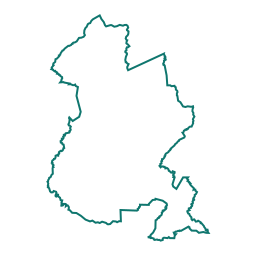 the district of Kazungula, Southern, Zambia
{"feature_id": "96606910B95953051402599", "entity_name": "Kazungula", "entity_type": "district", "adm_level": 2, "iso_a3": "ZMB", "parent_name": "Zambia", "parent_adm1": "Southern", "projection": "mercator", "projection_center": [25.557, -17.051], "detail": "fine", "context": "isolated", "style": "outline", "palette": "teal", "viewbox_px": 256, "rotation_deg": 0, "n_neighbors": 0, "source": "geoboundaries", "source_scale": "gbopen_adm2", "svg_char_len": 5793}
<svg xmlns="http://www.w3.org/2000/svg" viewBox="0 0 256 256"><path d="M99.7,15.4L92.9,19.3L91.3,20.9L90.2,23.1L88.8,23.5L87.8,24.2L86.7,26.8L85.5,27.9L84.4,30.3L84.1,33.4L84.9,35.1L83.6,36.8L81.3,37.7L79.0,37.9L76.7,41.4L74.7,42.5L73.4,42.6L72.8,43.1L72.6,43.9L71.9,43.9L71.1,45.0L69.2,45.9L68.3,45.8L64.7,48.6L63.3,50.4L62.5,50.5L60.5,53.5L60.2,54.8L58.9,55.4L59.2,56.2L56.8,58.7L55.5,59.2L55.2,61.9L53.4,63.4L53.1,64.9L53.6,65.3L51.7,67.5L52.0,68.4L51.4,69.2L53.1,69.7L53.2,70.2L54.4,71.1L55.2,70.9L55.5,71.8L56.4,71.9L57.3,72.6L56.9,73.7L58.7,74.1L58.9,74.7L59.2,74.6L60.2,75.3L60.3,76.0L62.1,77.1L62.2,78.5L61.5,79.4L61.4,80.8L60.2,82.4L63.6,82.1L64.0,82.5L69.5,83.5L69.0,84.3L70.7,84.2L72.7,85.1L74.5,85.1L75.1,84.6L75.9,86.1L77.9,87.0L76.5,95.9L80.7,111.8L79.2,116.8L72.7,121.0L69.3,117.4L69.0,118.0L69.4,119.0L69.9,118.8L70.1,119.3L69.4,120.9L69.3,122.4L68.4,124.3L68.8,125.4L69.6,125.5L70.8,126.6L70.1,128.1L70.7,129.6L70.5,130.2L69.5,130.9L69.3,131.6L69.7,131.9L69.3,132.6L65.7,133.3L65.0,135.2L64.2,134.6L63.8,134.8L63.9,135.9L63.1,136.7L63.2,137.3L63.6,137.4L63.4,138.3L62.5,139.4L61.8,139.0L61.7,140.5L60.6,141.1L60.8,142.6L62.2,143.1L62.5,144.3L63.6,144.6L64.2,148.0L63.3,148.3L63.2,149.5L62.4,150.7L61.5,151.1L61.0,150.7L59.2,151.8L58.9,152.3L59.3,153.2L59.1,153.8L58.3,154.2L58.2,155.7L57.5,155.6L57.1,155.1L55.6,155.7L55.5,157.6L55.0,158.7L53.9,158.9L53.7,159.6L52.3,160.6L51.8,162.9L52.6,163.1L52.4,164.1L53.5,165.0L53.5,165.6L52.9,166.1L53.3,167.0L52.9,167.0L52.6,168.4L52.8,173.8L51.6,174.8L50.6,177.1L49.2,177.8L49.2,178.5L48.2,180.1L48.1,181.3L47.5,181.7L48.3,183.5L47.8,185.8L48.4,186.2L47.9,187.3L49.1,188.1L50.1,191.4L51.2,192.4L52.8,192.3L53.7,191.0L56.1,191.8L56.5,192.9L55.5,195.3L55.7,196.3L56.3,196.6L56.8,196.3L57.1,194.5L58.1,194.7L58.2,196.4L60.0,197.7L60.6,200.1L62.2,200.4L61.4,202.9L61.6,203.4L62.3,203.6L61.3,205.1L61.4,205.7L62.7,205.5L64.4,203.9L65.7,204.0L66.1,204.6L65.9,206.1L66.9,205.3L67.6,205.3L68.7,206.8L68.9,208.0L68.4,209.7L69.8,210.2L72.2,212.8L76.4,213.0L80.9,215.8L85.5,219.6L90.0,221.4L92.4,220.6L95.5,222.7L97.9,222.3L99.7,223.0L102.1,221.7L106.0,222.9L107.5,224.2L108.4,224.3L110.2,224.0L113.0,221.2L116.0,221.5L117.1,222.2L119.1,221.2L120.9,221.3L120.5,210.0L137.0,210.6L138.0,209.9L137.7,208.9L139.0,208.0L139.0,207.1L139.7,206.9L140.1,205.8L140.0,204.7L148.8,204.9L148.9,203.9L152.6,200.0L155.3,199.7L155.5,198.8L162.7,200.7L166.6,203.5L167.0,205.1L165.9,206.3L166.4,206.6L166.3,208.1L165.4,208.2L165.8,209.1L163.9,210.7L163.5,210.3L162.7,210.6L162.5,212.2L161.8,212.6L162.0,213.4L161.4,215.2L159.5,216.4L159.6,216.9L159.0,217.1L158.8,218.0L157.8,218.1L156.8,219.7L155.6,220.3L155.4,228.3L153.1,232.6L150.8,234.8L150.2,236.2L147.8,237.3L150.4,237.4L150.2,237.8L150.6,238.1L152.0,238.0L153.7,238.5L153.9,239.5L154.6,239.9L157.1,239.5L158.0,240.0L159.5,239.9L160.6,240.6L162.7,240.0L162.8,238.4L164.0,237.7L167.6,238.1L168.8,237.1L169.9,238.1L174.3,238.2L174.7,235.7L175.9,234.2L174.4,234.1L173.8,232.6L174.6,232.5L175.5,231.6L176.3,231.7L178.2,230.8L179.2,231.1L179.8,230.5L180.9,230.9L188.5,226.6L189.5,227.3L189.5,228.4L191.7,230.6L196.4,230.7L198.9,232.8L203.3,232.0L206.2,232.8L208.5,232.9L207.6,231.5L207.8,230.7L207.5,229.7L206.8,229.8L206.4,230.4L205.7,230.2L205.5,228.6L204.3,227.2L204.0,226.2L201.5,223.2L200.7,223.2L200.7,222.3L198.1,220.7L197.2,221.4L195.8,221.6L194.3,219.4L193.4,219.5L192.3,220.2L191.5,219.2L191.4,217.3L189.8,215.5L189.3,213.9L188.2,213.5L187.4,211.8L187.3,211.2L189.5,210.2L188.7,209.4L188.8,208.4L191.0,207.8L191.0,207.0L192.1,206.0L192.2,205.5L191.3,204.5L191.5,203.9L192.8,203.5L192.9,202.4L192.5,201.6L193.1,200.3L193.6,200.4L194.2,199.8L194.0,199.2L193.2,199.0L193.3,198.3L194.8,196.3L194.7,194.9L196.0,194.0L197.0,192.0L195.5,190.8L195.3,189.7L194.8,189.8L194.2,189.3L193.6,189.6L193.9,188.3L190.7,185.2L189.8,183.8L190.5,183.5L189.2,181.9L188.6,182.0L188.1,181.0L187.6,180.9L188.2,179.9L187.0,178.7L188.0,177.4L183.1,177.4L176.4,188.9L173.2,186.5L172.5,184.3L174.6,177.4L173.4,177.1L174.0,176.1L173.2,175.6L173.1,175.0L174.6,172.9L174.6,172.0L172.7,171.3L172.2,172.7L170.9,172.5L169.3,170.8L168.8,170.8L168.3,169.1L167.2,168.1L165.5,168.4L165.5,167.6L165.0,167.6L164.6,166.8L163.6,166.9L163.0,166.4L161.2,166.7L160.6,167.3L159.5,165.9L160.5,165.0L160.3,164.0L161.5,163.4L161.3,161.3L162.1,161.0L162.0,159.2L163.0,159.1L164.3,157.6L164.5,156.3L165.0,156.3L165.4,155.3L165.2,154.8L165.8,153.7L168.4,152.1L168.7,151.3L170.2,150.1L170.2,149.4L170.8,149.2L171.0,148.4L174.6,145.3L174.9,144.4L176.8,142.9L177.9,141.4L179.0,140.8L179.2,139.9L184.3,137.5L184.8,136.2L182.7,132.9L183.2,132.9L183.9,130.7L184.8,130.4L185.2,129.7L186.5,129.8L186.6,129.0L187.9,128.9L188.5,127.7L190.1,126.6L191.6,126.6L193.2,123.1L192.9,122.0L193.5,120.8L192.9,119.4L193.1,118.7L194.4,116.6L193.2,114.6L193.4,113.0L192.4,111.2L192.6,109.1L193.2,107.5L193.0,106.3L191.3,106.8L187.7,106.3L185.4,107.0L183.0,106.4L180.4,102.2L178.1,100.7L177.4,95.9L176.9,95.5L176.9,93.2L177.5,92.1L177.2,90.8L175.9,89.6L175.7,87.2L174.8,86.7L174.5,85.8L171.5,86.2L170.2,85.3L167.3,85.3L166.6,75.4L164.7,65.6L163.6,64.9L163.9,64.5L163.2,63.8L164.1,61.8L164.0,60.7L165.5,59.8L164.4,58.7L164.5,58.4L165.3,58.5L165.0,57.6L165.4,57.6L165.4,56.9L165.2,56.4L164.7,56.4L164.2,54.6L163.7,54.1L163.8,53.7L128.1,70.2L127.3,68.3L127.2,67.0L128.6,64.1L127.2,63.4L126.3,62.1L125.7,62.2L125.3,59.9L125.9,56.8L127.0,54.2L126.9,53.3L125.4,52.2L125.3,51.3L126.5,50.3L126.3,48.8L126.9,47.3L127.9,47.3L129.4,46.2L127.9,44.5L126.4,43.4L126.5,42.0L127.2,40.3L126.6,40.1L125.7,38.5L126.2,36.7L127.6,35.4L128.3,33.9L128.5,31.4L127.0,30.2L126.9,29.6L128.2,27.6L127.5,25.7L126.3,24.9L124.5,25.0L123.0,25.7L119.7,24.9L116.9,26.2L114.3,26.7L111.5,25.1L110.5,25.1L106.1,26.4L105.0,25.2L103.8,22.1L101.4,19.0L99.7,15.4Z" fill="none" stroke="#0f766e" stroke-width="2"/></svg>